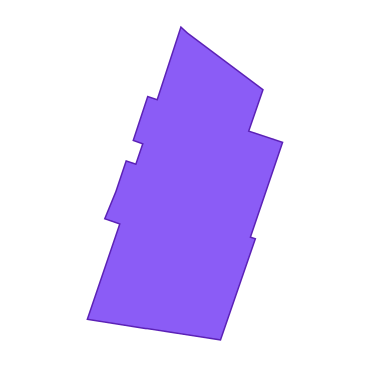 outline of Polk, Georgia, United States of America, rotated 288°
{"feature_id": "52423323B20564023732309", "entity_name": "Polk", "entity_type": "district", "adm_level": 2, "iso_a3": "USA", "parent_name": "United States of America", "parent_adm1": "Georgia", "projection": "orthographic", "projection_center": [-85.188, 34.0], "detail": "fine", "context": "isolated", "style": "filled", "palette": "violet", "viewbox_px": 384, "rotation_deg": 288, "n_neighbors": 0, "source": "geoboundaries", "source_scale": "gbopen_adm2", "svg_char_len": 453}
<svg xmlns="http://www.w3.org/2000/svg" viewBox="0 0 384 384"><g transform="rotate(288 192 192)"><path d="M267.2,262.8L267.4,227.1L311.2,227.9L341.7,138.6L345.4,130.5L269.0,130.4L269.1,120.4L222.9,120.2L222.6,130.3L201.1,130.0L201.2,119.8L168.8,119.5L139.6,117.3L139.3,133.2L123.8,133.0L38.6,131.8L39.6,138.2L47.8,190.1L48.3,191.7L52.6,218.4L60.1,264.8L167.1,266.7L167.1,261.5L267.2,262.8Z" fill="#8b5cf6" stroke="#5b21b6" stroke-width="1.5"/></g></svg>